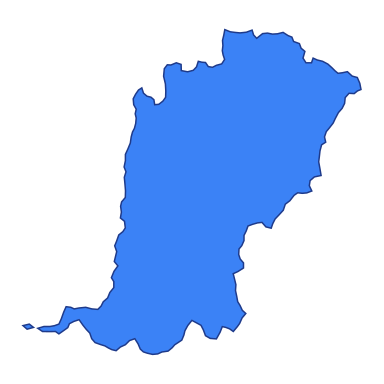 Araponga, Minas Gerais, Brazil (Natural Earth projection)
{"feature_id": "56859067B49785283687690", "entity_name": "Araponga", "entity_type": "district", "adm_level": 2, "iso_a3": "BRA", "parent_name": "Brazil", "parent_adm1": "Minas Gerais", "projection": "natural_earth1", "projection_center": [-42.51, -20.667], "detail": "fine", "context": "isolated", "style": "filled", "palette": "blue", "viewbox_px": 384, "rotation_deg": 0, "n_neighbors": 0, "source": "geoboundaries", "source_scale": "gbopen_adm2", "svg_char_len": 2942}
<svg xmlns="http://www.w3.org/2000/svg" viewBox="0 0 384 384"><path d="M322.6,61.3L317.3,60.0L313.1,58.1L311.5,62.8L306.0,62.8L303.0,58.1L304.9,51.4L301.1,48.2L299.4,43.6L293.6,41.5L291.9,37.1L288.1,35.6L283.1,32.4L277.5,33.8L272.5,34.1L267.5,33.1L262.6,33.6L256.7,38.3L253.6,35.0L252.1,30.1L246.4,32.2L240.0,32.9L234.9,32.4L230.3,31.8L224.8,29.6L223.8,35.0L222.5,40.5L222.9,45.6L222.3,50.7L223.1,54.9L224.6,59.4L221.7,63.9L216.4,65.3L212.5,67.3L208.3,66.6L205.5,62.5L201.8,62.2L198.3,61.3L196.5,66.9L193.3,70.3L187.6,71.8L181.3,70.6L181.1,64.4L176.3,62.8L170.9,65.0L167.3,64.8L164.3,68.7L163.6,76.2L165.4,83.9L165.8,91.1L165.6,97.3L162.9,101.1L158.8,104.3L154.7,104.7L153.9,99.7L151.0,97.2L147.0,96.2L143.5,93.2L141.8,87.9L138.5,90.0L135.6,94.2L133.2,98.8L133.7,104.7L136.2,109.2L135.2,113.8L136.2,118.0L135.7,123.5L134.4,128.4L132.5,132.0L131.2,136.9L130.3,143.1L128.0,148.7L125.4,154.4L125.4,160.7L124.1,167.0L126.0,171.8L124.3,177.3L124.9,183.4L125.5,190.8L125.3,197.5L121.6,201.9L120.6,206.3L121.4,212.1L120.4,218.0L124.5,221.3L125.3,227.9L122.9,231.6L118.8,234.9L116.5,241.4L114.7,245.8L116.7,251.6L115.3,257.3L114.3,261.5L117.9,265.9L114.0,271.3L111.4,277.7L113.8,281.6L113.8,287.6L109.9,292.4L107.6,298.0L103.3,301.7L101.1,306.1L97.8,309.4L91.8,308.9L85.7,307.3L78.9,308.0L74.2,308.9L70.8,307.3L66.1,306.7L63.7,312.1L61.2,319.1L58.9,324.1L54.4,325.7L49.9,326.5L43.9,326.5L37.8,328.3L42.5,331.5L49.5,331.6L55.5,331.5L58.9,333.9L63.2,330.9L67.8,327.6L69.4,323.7L73.9,321.4L79.1,319.7L82.8,325.0L86.3,329.4L89.8,333.1L91.7,338.7L95.1,342.6L100.4,344.5L104.9,345.9L108.3,347.9L111.7,349.6L116.1,350.7L120.4,347.0L125.4,344.7L129.5,340.6L134.8,338.7L138.1,343.9L140.3,349.1L143.4,351.9L147.3,353.2L152.6,354.4L157.8,353.9L161.9,352.0L168.1,351.1L172.2,347.7L174.7,344.8L177.9,342.7L181.8,340.1L183.9,335.0L184.9,330.8L187.8,325.5L191.9,320.4L196.4,322.8L201.0,325.3L203.4,330.0L205.5,335.7L210.2,338.4L216.4,338.9L220.1,332.2L222.3,326.6L225.8,327.4L229.5,328.8L233.3,331.5L237.3,326.7L239.6,323.5L242.1,317.9L245.8,313.5L242.3,310.3L240.0,305.4L237.7,301.7L236.7,296.2L235.5,290.6L235.9,284.7L234.6,279.3L233.2,273.7L237.8,271.6L243.5,268.0L243.5,262.9L240.2,259.0L238.7,254.5L239.0,249.0L241.8,245.6L244.0,240.6L244.0,235.4L246.2,231.0L248.0,226.0L252.6,224.3L257.5,222.9L262.0,222.4L265.9,226.9L271.2,228.2L272.7,223.8L275.1,219.0L279.1,214.8L283.3,210.2L285.3,204.2L289.9,200.7L294.1,195.3L297.7,192.8L302.3,193.3L306.8,192.9L311.8,191.0L309.3,185.7L310.1,180.6L314.4,176.9L321.1,175.5L320.0,169.0L318.7,161.8L319.3,157.1L320.0,150.8L321.6,144.8L325.7,142.2L324.5,136.9L326.3,131.6L329.4,127.9L333.2,123.0L335.2,118.7L338.4,112.6L342.1,108.4L344.6,103.4L345.2,97.6L349.0,93.3L354.2,93.6L357.5,90.9L361.0,89.5L359.8,83.3L357.3,77.5L352.2,76.1L347.4,71.7L342.1,72.8L338.0,73.3L335.1,70.9L331.8,67.6L327.9,64.1L322.6,61.3ZM33.5,327.4L29.3,324.1L23.0,325.6L27.1,329.2L33.5,327.4Z" fill="#3b82f6" stroke="#1e3a8a" stroke-width="1.5"/></svg>